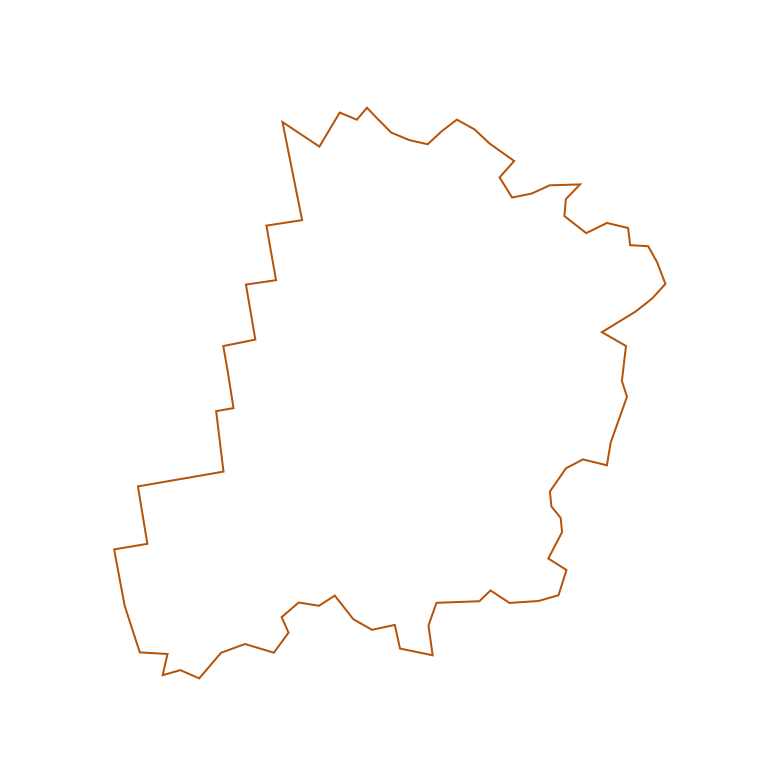 São Domingos do Sul, Rio Grande do Sul, Brazil (Natural Earth projection), rotated 260°
{"feature_id": "56859067B37550395927490", "entity_name": "São Domingos do Sul", "entity_type": "district", "adm_level": 2, "iso_a3": "BRA", "parent_name": "Brazil", "parent_adm1": "Rio Grande do Sul", "projection": "natural_earth1", "projection_center": [-51.868, -28.537], "detail": "fine", "context": "isolated", "style": "outline", "palette": "amber", "viewbox_px": 768, "rotation_deg": 260, "n_neighbors": 0, "source": "geoboundaries", "source_scale": "gbopen_adm2", "svg_char_len": 1171}
<svg xmlns="http://www.w3.org/2000/svg" viewBox="0 0 768 768"><g transform="rotate(260 384 384)"><path d="M433.7,678.5L456.5,674.1L473.8,668.1L478.0,650.5L495.2,651.5L503.9,631.6L497.5,609.3L518.1,590.8L534.5,595.2L546.5,611.7L550.9,581.7L545.9,562.4L545.4,542.5L567.4,533.7L581.0,550.9L602.5,529.7L618.9,517.5L631.7,501.6L623.1,485.1L612.5,468.6L619.8,451.3L630.3,434.8L647.3,423.0L659.0,415.2L649.0,403.1L659.0,387.5L629.0,361.6L659.6,329.5L559.6,331.8L560.4,295.7L505.0,295.7L505.9,265.3L450.1,265.0L449.3,232.3L424.2,232.3L386.4,231.6L386.4,214.0L325.6,210.7L325.9,123.9L267.7,123.2L268.0,89.5L210.6,90.1L162.1,96.9L155.7,123.9L135.7,115.5L137.6,133.7L126.2,150.9L147.6,176.9L152.1,201.9L138.5,228.9L155.7,246.8L172.2,242.7L183.6,262.0L176.9,281.5L184.2,298.8L157.7,312.9L144.0,329.5L144.9,352.8L120.7,353.8L108.4,384.8L138.5,385.9L159.4,397.7L153.5,440.2L162.2,453.0L146.6,469.6L143.5,498.3L145.7,519.2L169.1,531.4L183.6,515.5L207.3,533.7L221.5,534.7L234.3,527.6L249.3,528.7L269.4,548.6L275.2,566.8L265.2,589.4L287.2,597.2L329.3,621.1L345.7,618.8L379.4,628.9L397.2,607.6L411.7,644.4L421.7,663.0L433.7,678.5Z" fill="none" stroke="#b45309" stroke-width="2"/></g></svg>